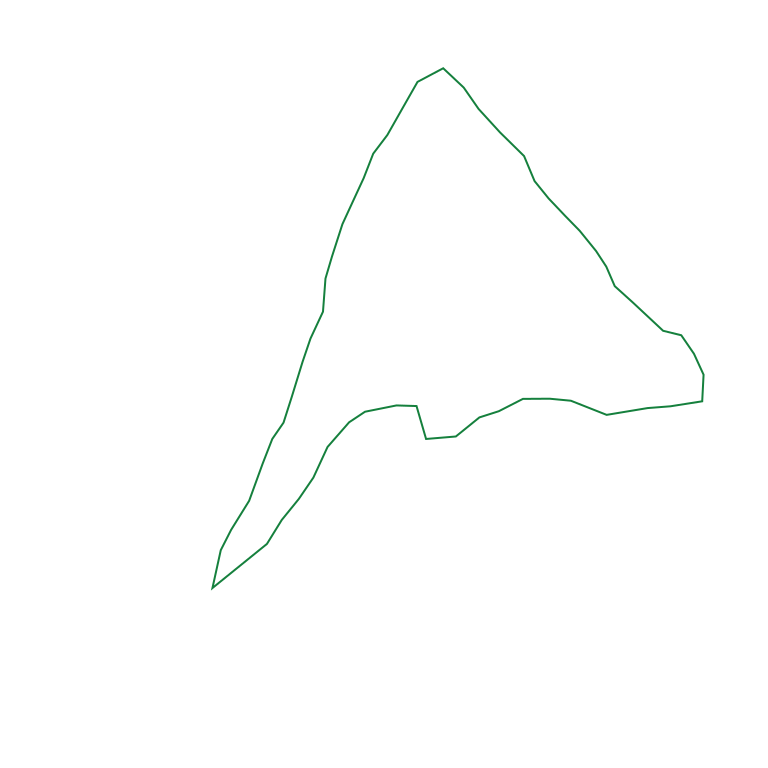 outline of Neta, Cyprus, rotated 141°
{"feature_id": "46923920B38170479802577", "entity_name": "Neta", "entity_type": "district", "adm_level": 2, "iso_a3": "CYP", "parent_name": "Cyprus", "parent_adm1": "", "projection": "robinson", "projection_center": [34.225, 35.469], "detail": "fine", "context": "isolated", "style": "outline", "palette": "green", "viewbox_px": 768, "rotation_deg": 141, "n_neighbors": 0, "source": "geoboundaries", "source_scale": "gbopen_adm2", "svg_char_len": 886}
<svg xmlns="http://www.w3.org/2000/svg" viewBox="0 0 768 768"><g transform="rotate(141 384 384)"><path d="M147.6,170.3L129.8,190.1L124.1,212.4L122.3,234.8L133.6,249.7L139.3,290.6L143.1,314.8L137.4,335.3L135.5,353.9L135.5,379.9L137.4,400.4L139.3,424.6L139.3,446.9L131.7,473.0L135.5,506.5L137.4,538.2L135.5,564.2L139.3,592.1L144.8,593.2L167.8,597.7L196.2,586.6L224.7,575.4L247.4,569.8L270.2,556.8L293.0,545.6L315.7,534.4L344.2,515.8L363.1,502.8L385.9,478.6L412.5,465.6L433.3,452.5L463.7,432.1L486.4,417.2L505.4,411.6L528.2,398.6L562.3,378.1L594.5,366.9L615.4,357.6L645.7,333.4L615.4,333.4L575.6,333.4L549.0,342.7L522.5,348.3L497.8,355.7L467.5,370.6L435.2,376.2L416.2,374.4L387.8,359.5L372.6,346.4L385.9,314.8L361.2,298.0L330.9,298.0L311.9,290.6L285.4,285.0L264.5,268.3L249.3,253.4L230.4,219.9L194.3,199.4L175.4,186.4L147.6,170.3Z" fill="none" stroke="#15803d" stroke-width="2"/></g></svg>